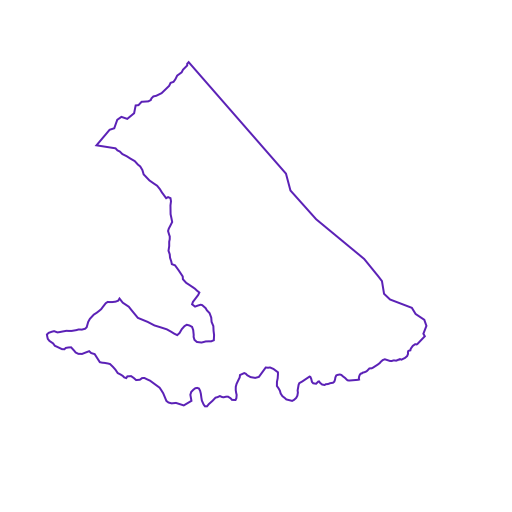 San Pedro Yaneri, Oaxaca, Mexico (Robinson projection), rotated 17°
{"feature_id": "50627088B33343665113881", "entity_name": "San Pedro Yaneri", "entity_type": "district", "adm_level": 2, "iso_a3": "MEX", "parent_name": "Mexico", "parent_adm1": "Oaxaca", "projection": "robinson", "projection_center": [-96.382, 17.426], "detail": "fine", "context": "isolated", "style": "outline", "palette": "violet", "viewbox_px": 512, "rotation_deg": 17, "n_neighbors": 0, "source": "geoboundaries", "source_scale": "gbopen_adm2", "svg_char_len": 4403}
<svg xmlns="http://www.w3.org/2000/svg" viewBox="0 0 512 512"><g transform="rotate(17 256 256)"><path d="M134.9,90.3L134.0,92.3L134.5,93.9L131.7,99.2L131.2,102.1L127.9,106.5L127.2,110.6L126.2,113.6L123.7,115.4L123.2,118.7L118.1,127.9L113.7,132.0L111.2,133.4L109.9,135.9L109.8,137.6L107.8,139.6L101.5,142.0L99.5,146.1L96.9,147.2L97.7,155.1L92.8,162.5L86.6,162.3L83.5,166.3L83.1,175.3L79.1,178.1L71.1,196.8L90.2,194.1L92.6,195.5L95.2,195.9L98.4,197.6L103.2,198.4L107.5,199.6L112.3,200.7L116.3,203.1L119.1,204.2L122.2,207.0L124.7,210.8L128.8,213.1L132.0,214.9L136.9,216.5L140.9,217.7L144.6,220.2L147.4,222.7L153.2,227.0L154.7,225.4L157.3,225.7L158.7,228.5L159.4,232.6L162.1,241.0L164.3,245.0L165.9,248.0L165.1,252.7L164.6,255.2L164.6,257.8L166.7,261.0L167.8,262.5L168.6,265.2L168.8,267.7L170.1,271.9L170.8,276.6L173.0,279.6L174.3,282.8L176.7,286.2L177.9,288.4L181.3,288.6L186.2,292.3L189.0,294.6L191.9,297.0L192.9,299.6L197.1,302.1L200.6,303.1L207.1,305.1L209.7,306.4L212.5,307.5L212.1,310.2L210.8,313.7L209.1,318.3L209.0,320.9L212.5,322.2L214.9,320.4L217.3,318.8L218.9,318.7L223.1,320.6L224.9,322.3L228.3,324.2L231.2,328.0L232.8,332.0L235.7,335.5L237.3,340.0L239.0,343.8L240.3,348.9L238.1,350.7L236.4,351.2L232.9,352.4L231.0,353.6L229.2,354.7L224.6,355.5L221.7,354.2L220.0,351.6L219.5,349.7L217.6,345.2L215.6,342.5L212.7,341.9L209.9,342.0L208.1,344.0L206.4,347.7L205.4,352.0L203.8,354.7L200.6,354.2L196.8,353.2L192.1,352.2L185.4,352.1L179.2,352.1L171.7,350.7L161.1,349.7L152.5,344.0L149.2,341.7L142.2,339.6L137.9,336.6L137.3,339.0L135.1,340.7L132.2,342.0L129.4,342.9L127.6,343.3L126.1,345.1L124.3,349.8L123.5,352.1L122.0,354.4L120.3,356.8L118.0,359.5L116.7,362.2L115.5,364.7L114.8,368.1L114.9,373.6L113.9,375.5L111.0,377.3L107.9,378.1L105.7,379.5L101.5,381.6L99.2,382.3L96.5,383.0L93.2,384.7L90.8,386.0L88.5,387.1L84.9,386.9L82.9,388.1L80.2,390.1L79.0,392.2L79.9,394.0L81.1,396.1L83.3,397.6L87.5,398.9L89.9,400.7L91.7,400.9L97.7,401.8L100.0,401.2L101.0,399.5L103.4,398.3L105.9,397.4L110.1,399.9L111.7,401.0L114.7,401.5L118.3,400.5L121.3,398.1L124.3,395.8L126.7,397.0L130.4,397.0L137.7,403.2L140.1,403.0L142.4,402.5L145.7,402.1L148.0,402.0L151.7,403.9L154.8,405.8L158.0,408.4L161.0,408.9L163.6,409.6L165.4,410.6L167.6,410.7L168.2,408.7L171.7,407.4L174.8,408.4L177.6,409.7L181.1,408.3L182.8,406.0L185.0,405.3L188.0,405.8L191.1,406.2L202.3,410.1L204.4,411.8L207.4,414.4L209.8,417.3L212.7,420.8L215.1,421.7L218.4,421.6L222.4,419.9L230.6,420.0L236.6,413.4L233.8,407.9L233.8,404.9L235.2,402.2L236.6,400.2L238.4,399.3L240.2,399.4L242.0,401.3L243.5,403.8L245.2,407.5L246.5,410.1L249.4,413.4L251.2,414.7L253.1,414.1L254.2,411.4L256.7,407.3L258.7,403.3L260.5,402.2L262.4,400.5L264.8,400.8L266.3,400.6L268.5,399.3L270.4,398.7L273.3,399.5L275.1,400.6L278.5,399.7L278.8,397.7L278.1,394.5L277.0,392.6L275.8,390.1L274.9,387.0L274.8,384.0L275.3,380.6L275.9,376.9L275.5,374.5L279.0,371.4L280.7,371.6L282.5,372.6L286.2,373.4L290.9,372.8L294.1,370.8L297.9,359.8L300.3,359.3L302.0,358.5L305.7,358.9L308.2,359.8L311.0,360.8L311.6,362.7L312.5,366.7L312.8,370.1L314.0,374.2L316.3,376.0L318.2,377.8L319.8,380.3L322.2,382.3L325.1,383.4L326.9,384.3L330.7,384.1L332.9,384.0L334.4,382.5L335.9,380.0L336.4,377.5L336.0,374.4L335.1,372.4L334.7,369.1L334.4,366.7L334.6,364.9L336.9,362.5L339.0,359.9L342.5,355.6L343.3,355.7L344.7,357.3L346.3,360.0L347.9,361.0L350.8,360.6L352.3,357.8L353.0,357.5L354.2,358.5L356.8,359.6L359.3,359.3L360.4,358.1L361.4,357.8L362.9,357.0L363.6,356.3L364.6,355.7L366.7,354.7L367.6,353.3L367.7,351.1L367.4,348.8L367.7,346.7L368.7,345.9L370.8,344.8L372.5,344.8L374.1,345.6L376.9,346.6L378.9,347.7L379.9,348.1L381.4,347.9L389.7,344.6L390.7,344.0L390.2,343.1L389.9,341.5L389.9,340.1L390.1,338.7L390.5,338.4L390.9,337.5L391.8,337.1L392.2,336.3L393.3,335.7L394.8,334.6L395.8,333.4L397.3,330.4L398.5,329.9L399.4,329.6L400.4,328.7L404.2,324.2L405.7,322.1L406.2,320.8L407.6,318.5L409.4,317.1L414.7,317.2L416.4,316.8L417.8,315.8L418.4,315.5L420.7,315.1L421.5,314.3L422.0,314.2L422.5,313.4L423.5,313.1L423.8,312.5L425.4,312.6L428.3,309.9L429.8,307.5L430.0,305.2L429.4,303.5L429.4,302.4L430.1,301.7L431.2,301.1L431.1,299.7L431.3,298.8L432.2,296.1L434.0,293.8L435.5,293.6L436.1,292.9L440.9,283.4L438.8,281.4L439.4,273.0L435.6,267.8L425.6,264.8L420.2,260.0L396.9,258.4L389.5,254.7L383.8,243.2L379.2,239.9L360.3,227.2L302.8,203.3L269.8,183.3L260.6,168.5L134.9,90.3Z" fill="none" stroke="#5b21b6" stroke-width="2"/></g></svg>